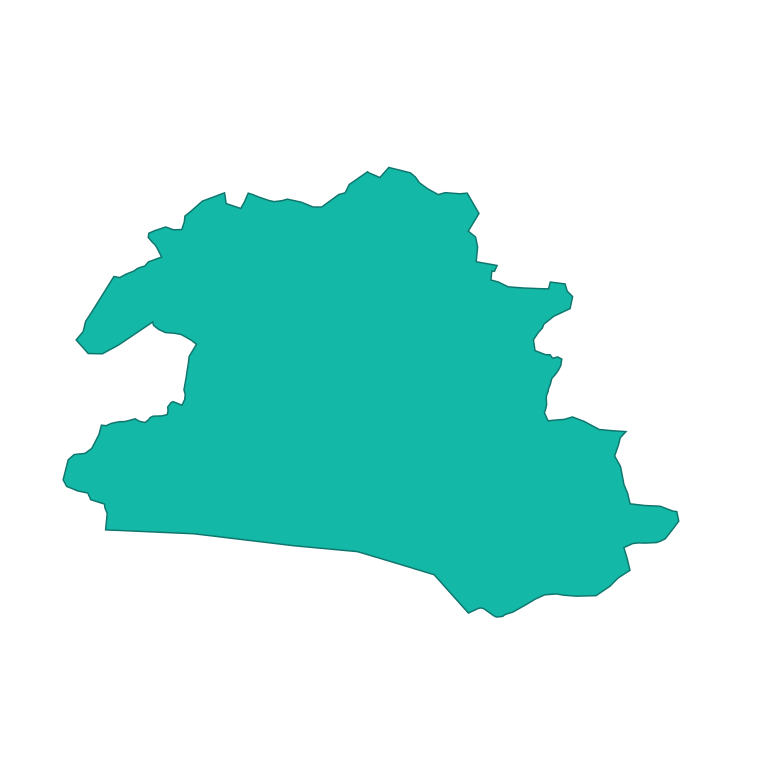 Yewa North, Ogun, Nigeria, rotated 278°
{"feature_id": "59680162B21216344152794", "entity_name": "Yewa North", "entity_type": "district", "adm_level": 2, "iso_a3": "NGA", "parent_name": "Nigeria", "parent_adm1": "Ogun", "projection": "natural_earth1", "projection_center": [2.929, 7.092], "detail": "fine", "context": "isolated", "style": "filled", "palette": "teal", "viewbox_px": 768, "rotation_deg": 278, "n_neighbors": 0, "source": "geoboundaries", "source_scale": "gbopen_adm2", "svg_char_len": 2620}
<svg xmlns="http://www.w3.org/2000/svg" viewBox="0 0 768 768"><g transform="rotate(278 384 384)"><path d="M200.8,128.6L209.2,216.3L211.3,317.8L214.3,381.0L208.4,419.9L202.1,460.2L168.9,499.5L174.5,507.9L175.7,510.6L175.6,513.7L169.8,524.9L168.9,527.6L169.6,531.0L170.5,534.0L172.6,536.1L176.0,543.2L185.9,556.2L191.9,563.5L197.6,572.5L200.1,584.0L199.9,591.7L200.7,604.2L203.9,623.4L215.2,635.9L224.5,642.8L233.8,653.5L245.9,648.7L255.3,644.3L260.6,652.4L262.0,657.8L262.9,665.3L264.9,675.9L267.0,679.9L269.8,684.0L282.1,691.1L289.2,695.0L298.4,691.7L298.4,687.4L301.4,674.5L300.0,659.6L299.6,644.4L309.7,640.4L317.9,635.6L335.2,629.7L344.8,622.4L356.4,624.7L363.6,625.4L370.5,630.2L369.5,616.2L368.9,603.5L374.8,587.5L377.6,575.2L373.9,567.1L373.3,563.7L370.4,551.6L377.9,546.8L380.8,547.5L386.2,547.9L392.4,546.7L395.2,546.5L399.2,547.5L401.8,547.5L403.9,548.0L406.7,548.7L412.8,549.4L417.5,552.5L422.0,554.8L426.9,556.5L433.4,556.6L435.0,552.2L432.9,547.4L436.1,544.4L435.5,539.9L438.1,528.9L448.6,525.8L456.7,529.8L461.3,533.0L465.5,534.0L474.7,542.7L484.6,557.8L496.8,558.6L501.4,552.5L508.3,549.4L508.1,534.5L501.1,533.7L499.9,523.1L498.5,509.0L497.5,493.4L500.9,483.1L501.9,475.4L510.9,475.1L510.9,477.7L517.1,479.5L517.9,458.3L532.8,457.6L542.2,454.3L547.1,446.2L566.1,454.3L584.6,439.8L582.9,432.5L582.0,417.9L579.1,411.4L583.4,400.0L588.2,391.1L593.3,386.3L596.8,380.7L599.1,358.6L587.9,351.2L591.0,339.7L591.9,338.2L576.8,321.9L567.9,318.9L565.3,312.8L550.6,297.7L549.4,289.0L552.5,276.9L553.6,262.6L551.4,257.6L549.3,249.9L549.7,244.4L551.8,233.5L553.3,227.8L554.1,223.0L544.7,220.4L537.9,217.7L540.7,202.6L551.1,199.5L539.8,178.7L528.4,168.9L522.6,163.5L516.6,163.7L508.8,162.2L507.4,154.1L509.1,146.0L503.9,135.5L500.6,130.2L496.4,130.1L492.6,134.3L489.8,138.1L486.6,140.7L478.8,146.1L472.2,133.8L467.5,130.7L465.1,125.4L463.5,123.1L461.2,120.8L456.9,113.3L452.6,107.5L452.9,101.6L414.9,84.7L404.5,79.8L394.1,78.8L384.8,73.0L373.0,86.9L374.7,100.9L385.5,115.5L413.2,146.3L410.0,147.6L406.7,153.2L404.5,160.4L405.1,169.3L404.8,176.2L400.8,186.4L397.3,192.8L384.1,187.2L377.0,187.4L370.3,187.2L363.4,187.2L350.4,186.7L346.1,188.6L340.9,188.8L334.9,186.9L337.2,177.5L335.8,175.6L331.1,173.0L327.3,173.9L323.5,173.6L321.5,168.5L320.0,159.8L318.1,157.0L315.9,155.9L312.6,152.7L312.9,148.3L313.4,146.0L314.9,142.4L312.5,136.9L310.8,132.7L309.7,126.8L307.1,119.5L304.0,114.6L303.9,109.9L294.4,108.8L279.6,103.6L273.7,97.6L271.0,87.0L265.0,81.8L244.4,79.6L238.4,84.1L235.5,95.6L234.8,105.9L228.6,109.7L226.2,123.9L222.5,124.9L217.2,127.9L200.8,128.6Z" fill="#14b8a6" stroke="#0f766e" stroke-width="1.5"/></g></svg>